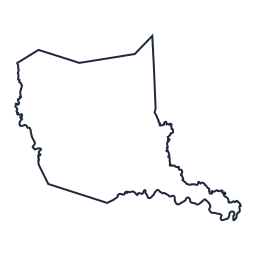 the district of San Francisco, Veraguas, Panama
{"feature_id": "35544464B34923513195419", "entity_name": "San Francisco", "entity_type": "district", "adm_level": 2, "iso_a3": "PAN", "parent_name": "Panama", "parent_adm1": "Veraguas", "projection": "orthographic", "projection_center": [-80.952, 8.301], "detail": "fine", "context": "isolated", "style": "outline", "palette": "slate", "viewbox_px": 256, "rotation_deg": 0, "n_neighbors": 0, "source": "geoboundaries", "source_scale": "gbopen_adm2", "svg_char_len": 5961}
<svg xmlns="http://www.w3.org/2000/svg" viewBox="0 0 256 256"><path d="M17.2,63.0L17.7,64.4L18.3,65.8L18.1,67.8L18.1,68.5L18.8,69.7L18.3,71.9L17.8,72.9L18.4,74.4L18.4,75.1L18.3,78.2L18.1,79.2L18.4,79.6L19.6,80.1L19.6,80.6L19.2,81.3L19.3,82.0L19.5,82.3L20.9,83.1L21.4,84.6L22.0,85.2L21.6,86.8L21.6,87.7L21.0,88.6L21.0,89.7L20.5,90.4L20.2,92.3L20.5,95.1L21.1,97.0L20.8,97.2L19.9,97.0L19.8,98.6L18.3,99.0L17.9,99.6L17.9,100.3L18.5,101.4L19.0,102.7L19.0,103.4L18.8,104.0L18.3,104.5L17.8,104.6L16.9,103.8L16.3,103.5L15.9,103.6L15.8,103.9L15.9,105.1L15.4,106.4L15.7,107.0L16.6,107.7L17.3,109.0L17.1,109.9L16.7,110.5L16.5,111.1L16.8,112.1L18.0,112.7L17.8,113.1L17.2,113.5L17.3,114.3L17.6,114.5L20.2,114.6L21.5,114.2L21.9,114.5L22.1,115.1L22.1,115.7L21.9,116.2L21.5,116.5L20.5,116.8L20.2,117.2L20.4,117.8L21.9,118.4L22.1,119.0L21.3,119.7L19.8,121.8L19.5,123.3L19.7,124.9L20.1,125.7L20.9,125.9L22.8,125.7L24.7,125.0L25.6,125.1L26.1,125.3L26.4,125.6L27.7,127.8L29.2,127.7L29.5,127.8L30.7,130.1L30.8,131.8L32.0,137.1L34.6,142.1L34.9,143.0L34.9,143.6L34.7,144.1L32.8,146.6L32.7,146.8L32.7,147.1L34.7,149.4L35.0,149.4L37.1,148.6L38.7,148.3L40.5,148.5L41.0,149.1L40.9,149.9L39.6,150.8L39.0,151.6L38.7,152.4L38.8,152.9L39.0,153.3L40.4,154.5L40.1,155.2L39.2,155.7L38.4,155.3L38.2,155.5L38.4,156.4L38.2,156.8L38.6,157.7L38.3,158.7L38.4,159.0L38.9,159.2L38.9,159.4L38.8,160.5L38.2,161.1L38.9,165.1L48.3,184.0L107.1,202.9L114.0,199.6L114.5,199.0L116.4,197.8L117.5,196.9L117.8,196.1L117.8,195.1L118.5,194.5L119.9,193.8L120.6,194.0L121.2,193.9L122.8,194.7L123.7,194.4L124.3,194.4L124.7,193.7L124.9,192.7L125.8,191.9L126.1,192.2L126.3,192.7L126.8,193.0L127.1,192.8L127.2,192.1L127.5,191.7L129.6,192.3L131.9,191.6L133.6,191.6L134.0,191.8L134.6,192.6L135.2,192.9L136.7,194.7L137.2,195.0L137.6,194.7L138.1,193.5L138.7,193.1L139.7,193.1L141.7,193.9L142.4,193.7L143.0,193.1L144.0,190.6L144.5,190.1L145.0,190.1L145.3,190.3L145.5,190.7L145.5,191.4L145.4,192.3L145.8,193.5L146.6,194.3L148.0,197.5L148.6,198.0L149.2,198.1L150.4,197.9L151.3,197.2L152.8,195.5L153.8,194.7L154.5,193.0L156.1,190.8L157.3,190.0L157.9,189.9L158.6,190.3L159.6,191.4L162.4,193.2L162.8,193.3L164.0,193.0L164.5,193.0L165.9,194.0L167.1,194.4L169.6,196.4L170.4,196.5L172.3,195.8L173.5,195.9L174.1,196.2L174.5,196.7L174.7,197.4L174.8,200.1L175.2,201.8L176.3,203.5L177.0,204.1L177.6,204.4L178.9,204.2L185.2,200.6L185.5,200.2L185.8,199.2L186.4,198.2L187.0,197.7L187.7,197.5L188.1,197.5L188.6,197.7L189.6,198.8L190.0,199.6L190.2,201.2L190.8,202.2L192.3,202.9L194.7,203.2L196.5,204.3L197.3,204.6L198.3,204.4L200.0,203.3L201.8,201.8L204.2,199.6L205.2,199.4L208.8,202.9L210.4,205.9L210.3,206.9L209.4,208.5L209.2,209.1L209.5,210.4L210.0,211.2L211.1,212.4L211.8,212.8L212.9,212.9L214.3,212.8L217.6,213.7L219.9,214.0L220.9,214.6L221.6,215.4L220.8,217.4L220.7,218.5L220.8,219.2L221.2,219.8L222.4,220.1L223.3,220.0L224.9,219.4L226.8,219.0L227.6,218.5L228.4,217.7L229.1,216.3L229.3,215.5L229.5,213.6L229.8,212.7L230.9,211.7L232.0,211.4L233.0,211.6L233.6,212.0L234.1,212.5L234.3,213.2L234.3,214.6L234.0,215.2L233.5,215.7L233.3,216.3L233.3,219.7L233.5,220.1L233.9,220.1L234.6,219.9L235.1,219.4L235.4,218.8L236.4,217.5L236.7,215.0L237.1,214.0L238.1,212.6L239.2,212.1L239.6,211.5L239.8,210.3L239.4,207.5L239.5,206.5L239.8,205.9L240.6,205.9L240.4,204.6L240.0,203.9L238.7,202.3L237.8,201.8L237.2,201.0L236.9,200.8L236.5,200.9L235.2,202.0L234.8,202.1L234.4,202.0L233.6,201.3L231.5,202.4L230.5,202.3L229.5,202.6L228.6,202.3L228.4,201.7L228.6,201.1L228.5,200.3L227.7,198.3L226.7,197.4L224.9,196.4L223.8,195.3L223.8,194.9L224.2,194.3L225.2,193.9L225.3,193.4L225.1,192.7L224.8,192.5L224.5,192.5L223.3,193.3L222.3,192.8L222.2,192.5L222.5,191.8L222.5,190.9L221.9,190.4L221.3,190.4L219.8,191.2L219.2,191.2L217.9,191.0L216.9,190.2L215.4,190.9L214.5,191.6L213.7,191.7L212.6,191.2L212.1,191.2L211.9,191.3L211.8,191.7L212.1,193.0L212.0,193.4L211.3,193.7L209.7,193.4L209.5,193.0L209.7,191.7L209.0,190.9L208.9,190.5L209.4,189.5L209.2,188.9L208.7,188.3L207.7,187.9L207.2,187.3L206.1,185.6L204.7,184.8L204.6,184.0L204.2,183.5L203.0,182.8L202.3,182.6L201.7,182.7L200.7,183.5L199.7,182.7L199.3,182.0L198.7,181.9L198.2,182.4L198.1,183.2L198.0,183.4L197.8,184.5L197.3,184.8L196.8,184.9L196.1,184.9L195.0,184.3L194.0,184.2L192.9,184.4L192.1,184.2L191.6,184.6L190.8,184.5L189.7,184.7L188.9,184.6L186.3,183.7L185.8,182.6L184.7,182.0L183.7,180.9L183.0,180.5L182.5,180.1L182.6,179.6L183.2,179.1L183.2,178.7L182.6,177.4L182.2,176.0L181.2,175.5L180.9,175.1L181.0,174.2L182.1,173.2L182.0,171.8L182.2,171.1L181.9,170.5L180.9,169.7L180.2,169.6L179.3,169.7L179.0,169.5L178.7,168.7L179.0,167.5L178.6,166.9L178.1,166.8L176.9,167.1L176.3,167.0L175.4,166.5L174.7,165.7L174.3,165.5L173.0,165.9L171.4,165.1L170.4,165.7L170.1,165.7L169.8,165.4L169.7,165.1L170.2,164.3L170.0,163.4L169.8,162.8L169.9,161.6L169.6,160.6L169.7,158.1L169.4,157.3L168.4,157.0L168.2,156.7L168.4,156.3L169.3,155.6L169.4,155.0L168.8,153.8L168.8,152.8L168.0,151.3L167.8,151.2L166.9,151.3L166.5,151.1L166.4,150.8L167.3,149.7L167.5,149.2L167.5,148.8L166.9,148.1L166.8,147.8L167.3,147.5L167.8,146.9L167.2,145.0L167.1,143.7L167.6,141.7L168.6,141.4L168.8,141.1L168.7,140.9L168.1,140.5L168.0,139.8L168.4,139.6L169.0,139.8L169.4,139.4L168.1,138.4L167.7,137.1L168.8,136.3L170.4,134.7L170.5,134.4L170.5,133.5L172.6,132.8L173.0,132.3L172.9,131.8L173.0,130.5L172.8,129.5L172.4,129.0L171.6,128.9L171.5,128.7L171.5,127.2L171.1,126.5L171.5,125.1L171.5,124.3L170.8,124.1L170.1,123.7L169.9,123.8L169.8,124.5L169.6,124.7L168.7,124.5L167.8,124.0L166.6,124.4L166.5,124.1L166.7,123.6L166.2,122.0L165.7,121.8L164.4,122.6L164.0,123.2L164.1,123.7L163.9,124.0L164.0,124.5L163.7,124.9L162.8,124.9L162.5,125.2L161.7,125.2L160.5,125.6L160.0,125.5L159.6,125.1L159.5,124.7L159.6,124.4L160.0,124.0L160.0,123.3L159.1,122.6L158.6,122.0L158.5,121.5L158.7,120.7L157.2,117.8L157.1,117.3L156.7,116.2L154.6,112.5L155.6,108.6L154.0,69.6L152.3,35.9L134.8,54.0L79.3,62.9L38.5,49.9L17.2,63.0Z" fill="none" stroke="#1e293b" stroke-width="2"/></svg>